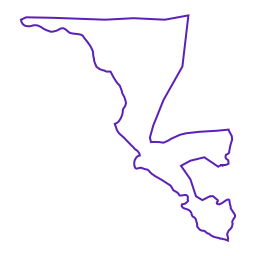 outline of Derniere Riviere, Dennery, Saint Lucia
{"feature_id": "8701671B84632828581630", "entity_name": "Derniere Riviere", "entity_type": "district", "adm_level": 2, "iso_a3": "LCA", "parent_name": "Saint Lucia", "parent_adm1": "Dennery", "projection": "albers", "projection_center": [-60.925, 13.955], "detail": "fine", "context": "isolated", "style": "outline", "palette": "violet", "viewbox_px": 256, "rotation_deg": 0, "n_neighbors": 0, "source": "geoboundaries", "source_scale": "gbopen_adm2", "svg_char_len": 5234}
<svg xmlns="http://www.w3.org/2000/svg" viewBox="0 0 256 256"><path d="M21.0,19.7L21.5,21.9L22.5,23.7L23.4,24.7L25.0,25.7L26.0,26.0L27.5,26.2L29.0,26.3L30.9,26.1L33.0,25.4L34.8,25.2L36.0,25.3L36.8,25.3L38.0,25.6L41.0,27.0L43.3,28.6L45.7,29.8L48.1,30.8L49.1,31.0L50.1,31.6L51.0,31.7L52.2,31.7L53.7,31.4L55.6,31.0L57.2,30.4L59.1,29.4L60.7,28.5L61.6,28.4L63.2,28.2L63.8,28.4L64.5,28.8L65.3,29.2L66.3,30.0L67.1,30.8L68.9,32.2L69.8,32.8L71.6,33.3L73.4,33.6L77.2,34.0L80.3,34.5L82.0,35.2L83.0,36.0L83.6,37.0L84.9,38.8L86.5,40.7L88.8,43.8L90.6,46.5L91.8,48.9L92.9,51.5L93.0,52.1L93.1,53.0L93.2,55.5L93.6,57.4L94.0,58.5L94.0,59.2L94.2,60.9L94.6,62.2L95.2,63.9L96.1,65.6L96.1,66.2L96.3,66.5L97.1,67.3L98.8,68.5L100.1,69.3L101.4,69.7L102.4,70.2L104.2,70.5L105.8,71.3L106.5,71.6L110.2,71.6L110.5,71.6L110.9,72.2L111.1,72.7L112.2,74.8L113.3,76.9L114.5,78.8L115.8,81.0L117.5,83.3L118.3,84.0L119.9,85.9L120.7,88.0L121.7,90.5L122.1,92.7L122.7,94.1L123.3,95.1L124.4,97.2L124.7,98.2L125.4,100.3L125.8,101.9L126.0,103.2L125.5,105.1L124.5,107.1L123.2,108.9L122.9,109.5L122.8,110.7L122.7,112.4L122.2,114.8L121.5,116.5L120.9,118.0L120.0,119.5L118.5,121.7L117.4,122.6L115.3,123.8L114.8,123.9L115.2,125.3L115.7,126.4L116.3,128.3L116.7,129.4L117.5,131.1L118.8,133.0L120.5,134.7L121.8,135.7L122.9,136.8L123.9,137.5L124.7,138.5L127.4,141.3L132.0,146.0L132.9,146.8L133.5,147.3L134.1,148.2L135.2,149.4L136.5,150.1L137.9,151.4L139.2,153.3L139.7,154.7L139.8,155.5L139.3,155.6L137.6,156.3L136.3,157.5L134.9,159.8L134.6,160.8L134.3,161.9L134.2,164.0L134.4,165.7L134.7,166.4L134.6,166.5L134.9,167.2L135.0,167.4L135.2,167.8L135.5,168.2L136.2,168.5L136.7,168.6L137.4,168.5L139.9,167.8L141.8,167.9L141.9,168.0L143.7,168.7L145.5,169.3L147.1,169.5L147.5,169.8L148.6,170.4L149.0,170.9L150.5,172.7L152.0,174.0L153.8,175.1L155.2,176.3L155.8,176.5L158.1,177.8L161.2,179.6L163.3,180.9L166.4,182.9L168.4,184.2L170.3,185.4L171.2,186.6L171.7,187.2L171.8,187.4L172.2,188.2L173.3,190.2L174.5,190.9L176.4,192.0L177.5,192.7L178.5,193.7L178.7,194.2L179.1,194.8L179.5,195.3L179.8,195.5L180.3,195.5L181.3,195.5L182.5,195.3L184.2,195.1L185.0,195.0L185.6,195.0L186.4,195.2L187.0,195.6L187.4,195.9L187.7,196.3L187.8,196.8L187.8,197.4L187.9,197.9L187.7,198.7L187.7,199.7L188.0,200.2L188.0,200.8L187.9,201.1L187.7,201.3L187.0,202.1L186.7,202.4L186.2,202.8L185.3,203.5L185.1,203.6L184.7,203.7L183.7,204.1L182.7,204.1L182.2,204.3L182.1,204.5L181.9,204.5L181.7,205.2L181.6,205.6L181.8,206.2L182.5,207.2L183.3,208.0L184.7,208.5L185.8,208.9L187.4,209.4L187.9,209.6L188.5,210.0L189.4,210.5L189.6,210.7L190.2,211.2L190.6,211.6L191.1,212.6L191.5,213.5L191.6,214.1L191.7,214.5L192.0,215.4L192.2,215.8L192.6,216.3L192.9,216.7L193.5,217.0L194.0,217.2L194.5,217.6L195.1,218.3L195.7,219.1L196.0,219.7L196.1,220.2L196.2,220.9L196.3,221.3L196.4,221.7L196.9,222.9L197.0,223.4L197.0,223.8L197.1,224.3L197.2,225.2L197.2,226.6L197.6,227.2L198.2,227.7L198.5,228.2L198.9,228.9L199.3,229.2L199.6,229.4L200.2,229.9L201.4,230.5L201.8,230.6L203.1,230.7L203.7,230.8L204.3,230.9L204.5,231.1L205.1,231.4L205.6,231.9L206.6,232.7L206.9,232.9L207.4,233.3L207.9,233.5L208.3,233.6L208.9,233.7L209.0,233.7L209.3,233.9L209.8,234.5L210.7,235.2L211.6,235.7L211.9,235.8L212.6,236.3L213.4,236.6L214.4,237.0L215.9,237.4L217.1,237.6L217.8,237.8L218.1,237.9L218.8,237.9L219.1,238.0L219.6,238.4L219.7,238.5L220.0,238.6L221.0,238.6L221.9,238.6L222.3,239.0L222.9,239.1L223.1,239.1L223.8,239.2L224.5,239.3L225.1,239.5L225.6,239.6L226.2,239.9L226.7,240.1L227.9,240.6L227.9,239.5L228.0,238.9L228.1,238.5L228.0,237.8L227.6,236.5L227.6,235.8L227.4,235.2L227.2,235.0L227.1,234.5L227.2,233.9L227.3,233.7L227.5,233.2L227.8,232.5L228.1,231.9L228.4,231.2L229.0,230.2L230.0,229.4L230.5,228.9L230.6,228.7L230.9,228.3L231.1,228.0L231.4,227.6L231.8,227.1L232.1,226.0L232.4,224.8L232.5,224.2L232.6,223.5L232.5,223.3L232.3,222.5L232.2,222.0L232.3,221.5L232.5,221.0L232.8,220.4L233.2,219.7L233.4,219.2L233.7,218.6L234.0,218.2L234.8,217.2L234.9,216.9L235.0,216.4L235.0,215.9L235.0,215.3L234.9,215.1L234.8,214.8L234.5,214.0L234.2,213.6L233.8,213.0L233.4,212.5L232.7,211.4L231.1,209.0L230.7,208.2L230.7,206.7L230.4,205.5L230.3,205.4L230.2,205.1L230.0,204.4L229.6,202.2L229.5,201.2L229.4,200.5L229.3,200.2L228.7,199.6L227.9,199.6L227.5,199.7L226.9,199.9L226.6,200.0L225.9,200.4L225.0,201.1L224.2,201.5L223.4,202.2L222.7,202.6L222.3,202.9L221.0,203.6L219.3,204.3L219.0,204.3L217.8,204.1L217.2,203.9L217.0,203.5L216.7,202.9L216.8,202.5L217.2,202.0L217.9,201.2L217.9,200.8L217.8,200.4L217.7,200.1L217.1,199.6L215.5,198.3L213.2,196.3L212.6,196.1L212.1,196.1L210.4,196.5L210.0,196.2L202.4,200.1L196.0,196.3L190.4,179.3L181.0,165.8L190.4,160.7L204.3,157.3L218.2,166.7L218.7,166.3L221.3,165.1L221.5,165.2L221.4,165.0L225.6,165.0L227.1,164.4L228.5,163.7L228.4,161.1L228.2,160.2L226.3,158.8L225.5,157.5L225.5,156.9L225.6,156.4L225.9,154.9L228.3,153.6L228.8,152.9L229.1,152.5L229.2,151.5L230.2,146.3L230.5,144.9L231.7,141.0L232.2,139.6L231.7,135.9L228.6,130.2L228.6,129.6L217.6,130.7L199.3,131.8L186.0,133.3L180.2,134.7L171.3,138.7L168.0,140.7L163.5,142.7L159.4,142.1L154.4,141.9L151.0,142.1L149.9,137.6L153.2,125.7L163.5,100.0L182.4,66.5L188.4,15.4L164.8,19.7L133.6,18.2L105.1,19.7L52.8,17.8L26.1,17.3L21.0,19.7Z" fill="none" stroke="#5b21b6" stroke-width="2"/></svg>